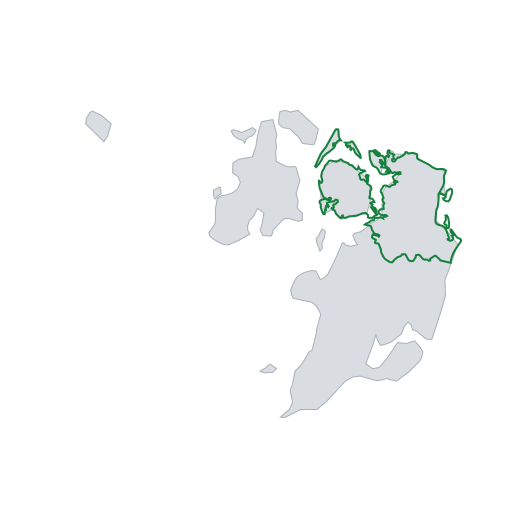 Syddanmark highlighted on a map of Denmark, rotated 193°
{"feature_id": "DNK-3417", "entity_name": "Syddanmark", "entity_type": "Region", "adm_level": 1, "iso_a3": "DNK", "parent_name": "Denmark", "parent_adm1": "", "projection": "albers", "projection_center": [9.703, 55.339], "detail": "fine", "context": "in_parent", "style": "outline", "palette": "green", "viewbox_px": 512, "rotation_deg": 193, "n_neighbors": 0, "source": "natural_earth", "source_scale": "10m", "svg_char_len": 9677}
<svg xmlns="http://www.w3.org/2000/svg" viewBox="0 0 512 512"><g transform="rotate(193 256 256)"><path d="M150.7,389.4L149.9,389.4L146.3,388.5L143.7,386.5L137.1,387.9L128.3,391.2L123.4,391.0L119.5,387.4L103.7,382.2L101.1,381.7L90.6,381.4L90.2,373.3L89.0,367.4L85.5,358.7L91.0,356.7L90.2,339.8L88.4,331.0L73.5,321.7L61.9,312.7L65.3,283.4L66.6,275.5L62.5,260.0L63.4,242.3L65.9,214.4L69.5,213.4L72.2,213.6L82.4,218.8L86.7,219.4L89.6,223.9L93.0,225.8L95.6,221.1L96.7,212.9L105.0,202.5L110.7,198.7L114.6,196.9L118.5,201.2L121.5,206.0L122.2,195.5L124.8,175.7L117.1,172.5L110.8,175.1L104.5,187.7L98.7,203.4L89.6,204.7L82.3,209.1L75.9,204.3L71.8,200.2L71.8,194.2L72.8,190.6L80.7,177.8L91.1,165.6L101.3,165.9L108.8,162.0L113.3,161.6L127.2,162.5L134.4,159.9L140.8,154.2L154.5,130.2L162.2,120.1L177.8,116.5L192.0,104.8L196.0,104.6L189.4,113.3L188.3,116.7L187.5,121.8L192.5,132.8L191.6,139.6L192.1,152.9L187.5,159.9L182.5,174.7L180.2,176.9L179.9,194.1L180.4,198.2L179.8,213.9L185.3,220.2L191.1,223.5L210.3,223.1L212.3,225.9L214.7,230.7L213.2,239.0L211.2,245.2L205.7,250.5L198.6,254.5L194.1,254.8L187.9,247.4L185.1,249.9L182.1,253.7L177.3,274.0L175.0,287.7L173.7,288.8L170.8,286.8L165.9,286.7L159.7,290.0L162.9,292.9L166.3,297.9L164.9,300.4L159.4,303.2L154.6,308.7L152.5,312.9L146.3,317.9L142.5,324.1L144.4,331.9L145.2,338.8L146.9,346.3L145.3,352.3L137.6,361.0L134.7,368.5L141.3,368.4L145.4,370.1L147.8,372.3L150.3,375.5L148.8,379.3L150.7,389.4ZM306.1,292.4L306.6,302.2L305.3,305.1L303.3,307.0L297.8,309.2L293.2,312.2L289.1,317.2L287.8,324.2L291.3,329.2L297.5,331.8L299.4,341.4L294.6,346.4L281.8,351.7L280.8,363.3L281.5,372.4L281.5,379.0L280.8,388.2L270.3,392.7L263.1,378.9L262.9,373.4L260.7,366.9L260.1,361.4L257.5,352.6L247.5,350.4L243.6,350.2L238.3,352.0L236.9,351.4L230.2,339.4L231.0,326.0L227.4,319.3L226.9,316.2L226.9,312.8L224.1,310.1L220.7,308.7L218.9,301.2L222.7,299.3L232.4,300.0L235.2,299.4L237.7,297.8L245.2,285.2L244.9,282.5L245.6,278.9L253.9,277.4L257.8,282.1L257.3,289.7L258.0,299.5L263.2,302.1L265.2,302.4L267.1,295.1L268.5,291.5L270.4,289.5L270.9,282.8L269.6,278.8L266.9,275.9L276.1,267.4L285.7,260.5L291.4,260.0L297.1,261.4L302.5,263.4L305.5,265.1L307.2,268.1L304.0,275.5L303.1,279.5L306.1,292.4ZM200.6,312.4L203.0,317.5L206.0,328.3L210.7,340.4L208.9,345.5L210.3,352.0L209.1,358.8L200.2,366.9L190.1,367.4L179.5,363.6L164.6,356.4L163.4,352.2L161.3,350.0L157.3,337.4L157.4,322.0L164.7,320.0L180.8,312.5L184.6,313.6L188.5,317.4L193.0,317.6L199.4,312.1L200.6,312.4ZM241.8,381.8L251.9,387.6L258.7,387.1L263.3,389.5L264.5,393.3L265.2,401.9L260.4,404.6L255.1,403.9L247.9,407.4L223.8,393.8L223.9,382.0L224.7,377.4L235.9,376.1L241.8,381.8ZM450.0,358.6L448.1,360.4L438.6,358.3L426.9,352.4L427.6,339.0L430.0,333.1L451.6,346.4L452.3,352.0L450.0,358.6ZM206.8,396.3L204.3,396.9L200.8,389.0L200.3,386.5L204.2,381.4L206.7,375.6L213.2,366.7L216.9,356.3L218.3,356.5L216.8,365.7L208.5,391.5L206.8,396.3ZM168.8,383.4L162.9,384.8L159.9,382.4L154.4,381.5L152.5,366.5L153.0,365.6L155.8,366.6L165.2,373.6L168.6,381.3L168.8,383.4ZM308.3,372.4L306.2,374.0L297.5,373.2L288.1,380.4L284.3,378.4L285.6,374.0L286.5,372.4L289.7,370.4L291.8,367.7L292.5,363.4L294.6,365.6L300.6,366.3L303.6,367.6L306.1,369.4L308.3,372.4ZM198.3,295.5L197.4,297.3L193.9,295.5L193.5,289.2L194.7,283.5L193.1,278.4L194.8,275.1L199.8,282.7L201.2,286.2L199.4,290.5L198.3,295.5ZM220.0,151.6L217.9,153.9L210.6,150.8L213.7,146.2L221.6,144.0L226.3,144.6L221.3,149.2L220.0,151.6ZM192.6,387.0L188.8,388.0L184.5,386.0L177.4,378.0L176.5,375.9L180.2,377.2L184.8,381.4L188.6,382.2L193.7,385.7L192.6,387.0ZM312.2,310.6L307.2,314.9L306.0,314.8L304.1,309.1L306.7,305.6L308.2,302.6L309.3,302.6L311.0,305.7L312.2,310.6Z" fill="#d9dde1" stroke="#a8b0b8" stroke-width="1"/><path d="M126.9,391.7L122.8,391.6L121.8,391.2L121.0,387.7L120.1,386.9L108.1,383.9L103.8,382.1L99.3,381.2L94.1,382.8L92.0,382.7L90.1,382.0L90.6,380.4L90.1,379.7L90.9,377.0L90.5,374.5L89.6,372.1L89.2,369.6L89.4,366.4L91.6,358.9L85.0,357.8L84.8,358.6L84.6,362.4L84.2,362.9L83.7,363.0L82.2,364.9L81.3,365.4L80.4,365.1L79.7,364.1L79.1,361.6L79.9,354.4L80.9,352.5L83.3,352.2L85.6,352.9L86.8,354.2L85.4,354.8L84.4,356.1L84.6,357.2L90.9,358.5L92.0,358.1L91.9,356.2L91.0,352.9L90.3,348.7L90.0,344.5L90.7,341.2L89.2,331.0L88.5,329.1L87.1,327.9L85.1,327.4L81.4,327.3L78.8,326.4L76.6,324.2L71.7,316.6L71.8,315.9L72.9,315.7L72.9,315.1L70.6,314.5L69.4,314.8L68.4,315.6L67.7,317.0L67.9,317.9L69.5,319.7L68.6,320.0L67.9,321.0L69.2,321.3L70.7,322.3L71.9,323.8L72.4,325.5L71.7,325.7L65.2,320.0L63.8,319.2L60.6,318.5L59.8,317.7L59.7,316.2L63.0,307.9L64.2,304.2L64.9,300.2L65.1,296.2L64.8,293.1L75.3,293.2L77.0,294.5L81.0,296.6L82.0,296.4L85.5,292.5L85.7,292.1L85.3,290.8L86.4,290.2L88.7,291.0L91.1,290.3L92.9,290.8L96.7,293.6L97.6,293.9L100.3,292.8L100.1,290.6L100.7,289.7L101.5,286.8L103.5,285.8L106.2,286.1L110.8,291.2L112.7,291.0L113.3,290.4L114.0,290.5L114.5,289.3L115.2,288.2L117.7,286.8L120.2,283.6L121.8,280.5L123.8,280.1L128.9,281.8L130.7,282.9L132.0,284.2L134.8,287.7L135.2,288.4L135.8,290.5L139.2,295.4L140.0,295.7L142.0,295.4L143.0,295.7L143.3,296.2L142.8,298.0L142.9,298.7L146.5,299.7L147.1,300.3L147.4,301.2L147.1,303.1L142.0,303.1L140.7,302.4L140.4,303.8L141.5,304.4L145.5,304.4L146.2,304.9L149.0,307.8L150.6,310.8L151.7,311.1L157.0,311.1L156.1,312.2L153.2,314.5L151.7,316.5L149.2,317.6L149.0,319.4L148.9,319.8L145.4,320.7L143.3,321.8L140.7,321.2L141.1,321.8L140.3,323.0L138.2,323.6L137.3,324.5L138.3,325.1L139.3,325.0L143.1,323.9L146.3,325.6L146.5,326.7L146.3,328.1L145.6,329.2L142.2,330.6L143.4,333.9L142.9,335.9L143.0,336.6L144.1,337.3L145.4,338.8L145.6,339.8L144.8,340.6L144.8,341.3L147.5,345.5L148.8,346.4L149.1,348.0L148.8,349.2L148.1,350.7L147.9,352.3L147.6,353.0L146.9,353.5L145.2,353.9L142.0,353.3L141.2,353.5L139.9,355.3L136.5,357.1L136.5,357.9L137.0,358.6L138.0,358.6L138.0,359.3L136.3,359.2L134.9,360.0L135.4,360.5L137.8,360.6L138.5,361.0L140.6,364.0L138.2,366.8L137.2,367.4L134.6,367.9L133.6,368.6L134.1,370.0L134.8,370.1L137.9,368.8L139.8,368.8L141.1,367.6L141.8,367.4L143.0,367.9L146.4,371.4L149.5,372.2L150.2,372.8L150.6,374.2L152.0,382.1L151.4,382.8L149.1,382.3L148.7,383.5L150.0,384.1L151.0,385.4L151.3,387.4L151.1,388.4L150.2,388.8L149.6,388.4L148.8,386.6L148.3,386.1L145.9,386.3L144.2,385.5L144.7,384.7L144.8,384.1L143.4,381.8L145.3,380.8L145.0,379.7L143.7,378.9L142.1,379.4L141.1,382.0L139.8,384.1L138.5,384.1L134.8,387.6L134.0,388.8L133.7,390.9L131.9,391.0L130.7,390.0L126.9,391.7ZM204.8,365.8L199.1,365.9L197.1,367.2L195.4,369.2L194.2,369.0L192.0,367.8L187.0,367.2L185.6,366.0L182.8,366.0L178.4,363.2L176.7,363.1L176.3,363.8L176.3,366.0L174.1,363.8L173.2,363.3L169.9,363.8L168.9,363.3L173.2,360.0L173.9,358.6L173.0,357.2L171.5,354.3L170.5,353.9L168.3,354.7L167.4,354.6L166.1,353.3L165.4,353.0L164.7,353.9L164.9,355.4L166.9,358.4L166.7,360.0L164.4,359.8L164.3,358.6L164.7,358.3L164.6,357.5L163.8,355.3L163.7,354.3L164.1,352.3L164.1,351.5L160.3,350.0L159.6,349.4L158.7,347.6L158.7,346.4L159.4,344.9L158.6,341.6L158.7,338.2L158.2,337.8L155.7,337.9L154.2,336.9L152.8,335.2L155.7,334.3L156.3,333.2L153.2,331.9L155.1,331.9L154.5,330.8L153.5,330.1L150.5,329.5L148.7,327.2L148.7,326.6L150.2,327.2L153.3,329.6L154.7,329.2L149.2,324.4L147.2,323.9L147.6,322.9L149.5,321.8L151.5,319.2L154.5,318.6L155.5,318.7L155.7,320.1L156.2,321.2L158.9,322.6L161.8,321.6L167.2,317.8L174.4,315.4L176.8,313.5L178.1,313.1L180.1,313.0L180.5,315.0L181.3,314.7L181.4,314.0L181.2,312.0L182.0,311.8L183.7,312.6L187.6,315.2L189.6,318.1L192.1,318.8L193.8,319.9L192.0,319.6L191.4,320.1L191.1,321.3L192.1,322.3L192.3,322.9L192.0,323.7L190.4,324.3L188.3,327.3L189.3,328.9L191.2,328.8L192.3,326.6L192.9,326.8L198.8,323.9L198.4,322.5L197.1,321.8L196.4,320.9L196.6,320.0L197.3,320.3L198.3,321.5L199.0,320.4L198.8,318.9L197.9,315.5L199.0,316.8L199.0,315.2L198.6,312.1L199.7,312.0L201.3,313.8L204.0,318.2L204.3,320.4L205.9,322.1L206.3,323.5L206.2,324.3L204.1,325.9L201.5,327.1L197.7,326.7L196.8,327.0L196.1,327.6L195.8,328.8L196.3,329.4L197.2,329.4L198.0,328.9L197.7,328.1L198.1,327.1L203.0,328.2L203.8,328.9L209.4,336.8L211.2,341.9L211.6,343.5L211.2,343.5L210.5,342.4L209.5,341.8L208.6,342.1L208.2,343.8L208.5,345.0L210.0,347.4L210.5,348.8L210.6,350.9L210.5,352.9L210.2,354.5L209.4,356.5L209.0,359.7L207.7,361.6L206.3,364.9L204.8,365.8ZM165.9,374.7L166.8,376.2L169.0,383.0L169.0,383.9L166.6,384.1L163.6,386.0L162.7,385.7L161.8,384.9L159.2,384.1L158.3,383.5L158.3,382.8L159.8,382.0L164.9,384.8L164.9,384.1L162.2,381.7L159.6,380.8L158.5,381.0L157.1,382.1L154.9,382.0L153.0,380.5L151.9,377.9L152.1,374.7L151.7,374.7L151.7,374.1L153.0,375.0L155.6,377.7L156.8,377.4L155.9,375.7L156.4,375.2L153.7,373.1L153.3,372.3L154.0,371.4L154.0,370.7L149.6,371.1L147.0,370.3L146.7,369.4L148.0,368.2L148.3,367.4L145.4,368.0L144.5,367.4L144.5,366.7L149.4,364.3L151.4,364.0L153.7,364.4L157.0,368.4L158.8,369.4L161.3,369.8L163.1,370.8L165.9,374.7ZM213.1,367.5L213.5,364.8L215.3,359.9L217.4,356.1L218.6,356.7L216.2,368.8L215.2,372.0L212.3,378.0L207.2,396.1L206.7,397.3L205.9,397.7L204.5,397.8L203.9,396.9L202.3,391.2L200.9,389.2L199.2,387.8L201.4,387.3L203.0,385.0L203.8,382.9L204.6,383.6L206.1,383.0L205.7,381.0L204.7,381.6L203.7,381.0L204.5,378.7L208.7,373.2L210.0,372.2L213.1,367.5ZM190.6,381.9L193.4,384.3L193.4,385.9L194.5,386.5L190.1,387.6L188.9,389.0L188.2,389.3L186.9,388.7L177.2,378.2L176.3,376.0L175.9,374.4L176.7,375.4L181.5,378.0L182.9,379.3L185.0,382.3L185.8,382.6L187.3,382.4L187.6,381.6L187.2,379.9L188.0,381.1L188.7,384.0L189.3,384.6L191.3,384.4L191.4,383.6L190.6,381.9ZM80.5,338.0L79.1,338.5L77.7,336.9L76.4,334.5L74.8,329.9L74.5,327.7L75.0,326.4L76.9,325.9L77.1,328.8L78.0,329.3L79.1,329.2L79.9,330.0L79.9,331.1L79.1,333.3L80.0,337.2L80.5,338.0Z" fill="none" stroke="#15803d" stroke-width="2"/></g></svg>